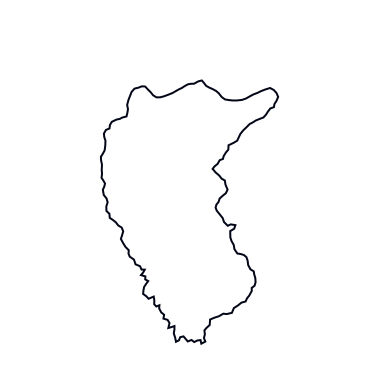 Santa Rosa da Serra, Minas Gerais, Brazil (Albers equal-area conic projection), rotated 126°
{"feature_id": "56859067B87351492143193", "entity_name": "Santa Rosa da Serra", "entity_type": "district", "adm_level": 2, "iso_a3": "BRA", "parent_name": "Brazil", "parent_adm1": "Minas Gerais", "projection": "albers", "projection_center": [-46.003, -19.557], "detail": "fine", "context": "isolated", "style": "outline", "palette": "ink", "viewbox_px": 384, "rotation_deg": 126, "n_neighbors": 0, "source": "geoboundaries", "source_scale": "gbopen_adm2", "svg_char_len": 2748}
<svg xmlns="http://www.w3.org/2000/svg" viewBox="0 0 384 384"><g transform="rotate(126 192 192)"><path d="M134.2,291.9L136.0,294.7L139.0,296.6L142.2,299.3L146.5,299.7L149.9,298.8L154.6,297.6L159.6,295.7L162.6,292.5L166.2,290.7L169.4,289.4L172.5,292.0L175.3,293.4L177.7,295.6L182.3,298.1L186.0,297.8L189.1,296.1L192.4,298.1L196.5,297.6L199.1,295.3L201.2,292.3L205.3,289.5L209.8,287.1L213.8,286.6L217.0,286.4L219.5,284.5L222.9,280.8L227.1,278.1L230.3,275.4L233.7,273.5L234.9,270.3L236.2,267.4L239.0,266.2L242.6,265.4L246.3,261.6L247.4,257.4L249.9,254.2L254.1,252.8L257.6,250.1L258.2,246.0L261.3,243.3L261.1,239.7L261.3,235.8L262.4,232.0L262.1,228.0L264.3,224.5L268.2,223.1L271.8,221.9L273.9,217.5L275.5,213.6L276.3,208.9L279.1,207.2L280.9,204.4L280.8,199.2L283.7,195.2L282.6,190.4L284.4,187.3L282.6,184.6L285.9,184.2L289.2,184.4L287.7,180.1L290.2,178.5L289.8,175.1L293.1,175.1L297.1,174.9L300.6,173.2L303.2,171.6L303.2,167.6L303.9,164.4L299.1,161.5L301.8,158.8L305.0,156.6L305.6,153.6L302.8,151.8L305.5,150.1L307.5,146.1L307.7,142.4L311.2,140.7L309.8,136.6L311.2,133.2L315.9,131.2L313.3,129.2L310.8,127.4L313.4,125.5L317.1,123.6L319.9,119.8L322.6,116.9L319.7,115.4L316.4,116.2L313.8,114.0L315.4,107.6L312.0,105.4L312.1,102.0L309.0,100.4L306.8,98.1L309.2,95.3L305.2,93.3L303.1,96.5L299.6,97.9L296.7,100.6L293.5,100.4L289.2,99.5L284.5,102.4L280.4,99.9L276.7,97.2L272.1,95.2L270.3,92.1L266.3,88.7L261.3,89.9L256.7,88.1L252.5,87.0L249.1,84.3L245.6,85.0L242.3,84.8L236.9,85.5L234.5,87.3L231.0,86.3L227.7,87.5L224.5,90.1L222.1,93.2L219.9,95.5L220.2,99.2L218.1,103.6L214.8,106.7L212.7,109.7L212.5,113.0L213.5,116.0L215.1,119.2L213.3,124.1L210.3,127.1L208.5,131.1L206.3,134.2L203.8,136.1L201.2,138.1L196.9,136.3L193.3,137.4L195.4,141.6L198.3,143.2L197.5,148.4L195.1,151.8L193.8,156.3L192.6,160.9L190.8,163.7L188.0,164.8L184.4,164.7L181.0,165.8L177.2,165.0L173.0,163.9L169.2,164.6L166.3,169.3L163.4,172.2L163.8,176.0L162.7,179.5L162.3,184.4L161.2,188.9L158.0,188.8L154.2,187.8L150.0,188.3L147.1,186.4L144.2,187.5L139.8,187.8L136.4,187.5L132.7,189.9L127.9,187.3L123.9,185.6L120.3,186.3L116.6,187.0L112.1,186.8L107.8,186.0L103.1,185.3L100.2,183.8L96.6,182.4L92.3,179.7L89.7,178.0L86.0,177.6L82.7,177.8L78.5,177.8L75.2,175.6L72.4,177.0L68.7,177.2L64.4,178.2L62.2,181.9L61.4,185.9L62.0,190.0L65.9,192.9L69.9,195.5L73.2,197.2L77.0,199.7L81.2,201.7L84.7,203.3L88.0,205.6L91.4,209.3L94.1,213.0L95.9,216.1L97.7,219.7L97.7,223.8L96.4,228.4L96.1,231.8L96.6,235.8L97.4,239.6L97.8,243.0L96.8,246.2L96.0,249.6L98.9,252.0L103.2,254.0L105.1,256.5L107.3,258.6L110.7,260.2L113.7,261.3L116.6,262.9L119.9,264.4L123.3,265.9L127.6,268.6L131.3,271.1L134.2,273.5L136.3,276.4L136.6,280.3L135.6,284.0L135.0,287.8L134.2,291.9Z" fill="none" stroke="#020617" stroke-width="2"/></g></svg>